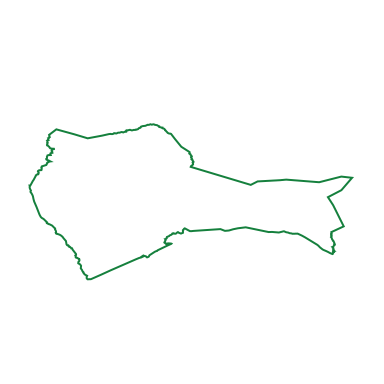 outline of Hurdal nor, Akershus, Norway, rotated 173°
{"feature_id": "86288312B40852234595117", "entity_name": "Hurdal nor", "entity_type": "district", "adm_level": 2, "iso_a3": "NOR", "parent_name": "Norway", "parent_adm1": "Akershus", "projection": "equal_earth", "projection_center": [10.985, 60.427], "detail": "fine", "context": "isolated", "style": "outline", "palette": "green", "viewbox_px": 384, "rotation_deg": 173, "n_neighbors": 0, "source": "geoboundaries", "source_scale": "gbopen_adm2", "svg_char_len": 5941}
<svg xmlns="http://www.w3.org/2000/svg" viewBox="0 0 384 384"><g transform="rotate(173 192 192)"><path d="M306.3,118.1L302.9,117.8L292.3,121.0L282.2,124.2L256.0,132.0L252.4,133.0L250.5,133.2L248.7,133.8L249.4,134.2L248.0,134.9L247.4,134.5L245.6,133.8L245.3,133.3L244.6,132.6L243.6,132.8L242.7,133.2L242.0,134.3L241.5,134.6L236.0,137.3L234.5,137.7L233.7,137.8L233.3,138.3L222.7,141.9L218.8,143.1L218.7,143.2L219.1,143.4L221.6,143.9L222.9,143.9L223.9,143.4L224.1,143.6L224.1,143.8L224.5,144.1L224.6,144.5L225.1,144.7L225.6,145.2L225.5,145.5L225.0,145.9L224.7,146.3L224.5,147.1L224.2,147.3L224.3,147.7L224.1,148.2L224.3,148.5L223.4,148.6L222.7,149.2L222.7,149.4L222.8,149.6L222.6,149.9L222.4,150.4L220.2,151.0L219.5,151.6L218.3,151.9L217.5,152.2L216.9,152.6L216.7,153.1L216.1,153.3L215.7,153.3L215.7,153.0L215.4,152.9L214.7,153.0L214.2,152.7L213.7,152.6L212.7,152.8L211.8,153.5L211.0,153.9L210.6,153.8L210.0,153.1L208.0,152.1L206.9,152.4L206.1,152.5L205.8,153.2L205.8,154.3L205.7,154.7L205.7,155.2L205.5,155.4L205.1,155.5L204.8,156.0L204.3,156.5L203.6,156.8L198.8,153.4L197.4,153.2L195.4,153.2L168.3,151.7L164.2,149.5L163.7,149.4L160.7,149.3L159.9,149.3L155.7,150.0L150.8,150.4L143.0,150.4L120.8,142.9L117.4,142.6L110.7,141.2L106.0,141.8L105.3,141.7L103.5,140.6L101.5,140.0L100.1,139.2L98.4,138.8L97.4,138.3L92.2,137.8L88.2,135.3L85.3,133.2L74.2,124.4L73.1,123.3L71.7,121.4L69.3,119.0L67.6,117.9L66.8,117.5L64.1,115.8L62.5,114.6L60.2,113.3L59.8,113.5L60.1,114.1L59.5,114.4L59.2,115.2L58.9,115.2L58.8,114.9L58.3,115.0L58.2,115.2L58.4,115.3L58.4,115.8L58.0,115.9L58.4,116.2L59.1,116.3L58.9,116.8L58.5,117.0L58.9,117.4L58.5,117.8L58.7,118.3L58.6,118.7L58.5,118.9L59.2,119.6L58.9,120.1L59.1,120.3L58.5,120.4L58.0,121.0L57.8,121.6L57.1,121.9L57.1,122.0L56.7,122.3L56.8,122.5L56.7,122.8L57.1,123.1L56.9,123.4L57.1,123.9L57.0,124.4L57.2,125.0L57.5,125.7L57.6,126.1L57.9,126.3L57.8,126.5L58.3,127.1L58.4,127.6L58.7,128.0L59.0,129.6L59.5,130.3L59.0,130.8L59.1,131.2L58.8,131.3L58.7,131.4L58.7,131.9L59.1,132.2L59.1,132.4L58.8,132.7L59.1,133.1L59.1,133.5L58.9,133.8L58.4,134.1L58.5,134.5L58.6,135.2L45.6,139.4L53.5,161.7L57.7,170.3L43.5,175.6L31.4,186.6L41.9,189.1L64.6,186.2L97.0,192.8L103.4,193.0L125.6,194.5L132.8,191.9L190.2,217.1L189.9,217.7L188.6,218.5L187.6,219.2L187.5,220.0L187.8,221.1L187.7,221.2L187.4,221.2L187.0,221.4L186.8,221.7L186.9,222.0L187.2,222.2L187.5,222.8L187.4,223.4L187.5,223.6L187.9,223.8L188.5,224.5L188.0,225.0L188.2,225.6L188.7,226.3L188.6,226.7L188.7,226.9L188.5,227.1L187.9,227.3L188.0,227.8L188.7,228.8L188.8,229.2L189.2,229.5L189.1,229.9L189.5,230.2L189.7,230.5L189.7,230.9L189.8,230.9L189.5,231.5L189.5,231.9L197.1,238.2L202.4,246.6L205.7,252.2L206.2,252.5L207.6,252.8L209.0,253.7L209.2,254.2L210.2,255.4L210.5,256.0L211.2,256.6L211.1,257.0L211.8,258.0L212.6,258.6L213.5,258.8L213.8,259.1L213.7,259.5L213.9,259.5L216.7,260.6L216.8,261.1L216.7,261.3L217.6,261.8L218.4,262.5L220.9,263.3L221.6,263.8L222.3,263.9L223.7,263.7L225.0,264.3L226.6,263.9L227.9,264.1L230.1,263.4L233.0,263.4L234.6,263.1L235.0,262.8L235.0,262.4L235.2,262.2L235.6,262.0L237.0,261.8L237.4,261.5L237.7,261.1L238.2,260.9L240.0,260.6L240.1,260.8L241.0,260.6L242.5,260.7L243.5,260.5L244.3,260.5L246.0,261.3L248.5,261.0L249.1,261.2L249.6,261.2L250.0,260.8L249.7,260.3L249.8,259.9L250.1,259.8L251.4,260.0L252.3,259.7L253.0,259.5L254.1,260.0L254.9,260.1L256.6,259.7L258.1,259.9L259.2,259.5L260.2,259.3L260.8,259.6L261.6,259.6L262.1,259.9L263.2,259.3L263.8,259.2L265.4,259.4L265.8,259.6L267.4,259.6L274.4,258.9L289.0,258.0L302.0,263.7L319.0,270.7L326.9,266.1L326.8,265.5L326.6,264.9L326.9,264.5L326.8,264.2L326.9,263.9L326.7,263.7L327.4,263.2L328.0,263.0L327.7,262.6L327.8,262.4L328.2,262.2L328.3,261.6L328.6,261.5L328.8,261.1L329.1,260.9L328.9,260.8L329.2,260.7L329.1,260.3L329.6,259.3L329.3,258.6L329.7,258.5L329.8,258.3L329.7,257.1L330.2,256.5L330.2,256.1L330.1,255.9L329.5,255.6L328.1,254.1L328.0,253.6L327.4,252.7L325.9,252.1L323.0,251.6L324.2,251.3L325.1,251.3L325.1,251.2L325.9,250.8L325.9,250.5L326.4,249.9L325.8,249.0L325.8,247.9L327.0,247.9L327.8,247.6L328.1,246.8L327.8,246.4L327.7,245.9L329.8,246.1L331.0,245.9L331.2,245.4L331.7,244.7L331.8,243.3L332.2,242.8L332.7,242.5L332.6,242.0L332.1,241.6L330.4,240.7L328.8,239.6L329.8,239.6L330.7,239.2L331.1,239.3L331.7,239.0L331.8,238.7L332.2,238.6L332.4,237.9L332.6,237.6L332.8,237.5L333.3,236.6L338.0,235.7L338.3,235.1L338.2,234.8L338.5,234.6L338.6,234.4L338.3,233.7L338.4,233.4L338.4,233.1L338.8,232.1L341.1,232.2L342.2,231.7L342.3,231.5L342.2,231.1L342.3,231.0L342.0,230.6L341.8,230.0L342.1,229.5L342.3,229.3L342.1,228.8L342.6,228.3L343.9,228.2L344.7,227.6L345.0,227.5L345.1,227.0L345.7,226.2L347.6,223.5L349.0,221.9L349.5,221.1L351.7,218.1L352.4,218.2L352.3,217.7L352.5,216.9L352.6,215.9L352.2,214.2L352.0,213.9L351.9,213.4L351.7,212.9L352.2,212.2L352.3,211.8L352.0,211.1L351.5,210.4L350.7,208.3L350.4,207.0L350.2,204.4L349.8,201.7L348.2,196.3L346.1,188.1L345.2,185.8L344.4,184.7L342.6,183.3L339.6,179.6L340.0,179.2L339.9,178.8L338.4,177.8L338.2,177.6L337.9,177.6L337.3,177.3L334.9,175.7L332.9,173.1L332.3,172.5L332.5,171.4L332.0,170.5L331.8,169.5L331.8,168.4L332.2,168.2L332.0,167.4L331.5,167.0L330.5,166.7L328.5,165.7L327.0,164.5L326.1,163.4L325.5,162.6L325.3,162.0L323.1,158.7L322.9,155.3L322.6,154.9L322.6,154.7L322.0,154.1L321.7,154.0L321.2,154.1L321.0,153.7L320.9,153.0L320.4,153.0L320.0,152.5L320.0,152.3L319.6,152.2L319.3,151.8L319.2,151.6L318.6,151.0L318.6,150.8L317.9,150.7L317.5,149.3L314.7,144.6L314.7,143.7L315.2,143.0L315.5,143.0L315.2,141.9L315.4,141.4L315.3,141.2L314.8,140.8L313.9,140.6L313.5,140.2L312.8,139.7L312.6,139.2L312.1,139.2L312.0,138.6L312.0,138.0L312.4,137.2L312.6,136.9L313.1,136.7L313.6,135.3L313.6,135.1L311.8,133.7L311.1,132.2L311.7,129.8L310.6,127.8L310.4,126.8L310.0,126.2L309.7,125.9L309.8,125.6L309.4,125.2L309.5,124.7L309.4,124.4L309.0,124.1L308.6,123.3L306.3,121.6L306.9,120.7L307.0,119.1L306.3,118.1Z" fill="none" stroke="#15803d" stroke-width="2"/></g></svg>